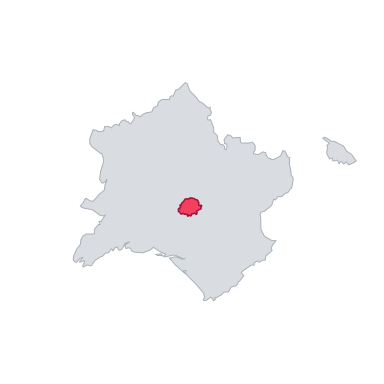 Creuse highlighted on a map of France, rotated 305°
{"feature_id": "FRA-5284", "entity_name": "Creuse", "entity_type": "Metropolitan department", "adm_level": 1, "iso_a3": "FRA", "parent_name": "France", "parent_adm1": "", "projection": "albers", "projection_center": [2.052, 46.063], "detail": "fine", "context": "in_parent", "style": "filled", "palette": "rose", "viewbox_px": 384, "rotation_deg": 305, "n_neighbors": 0, "source": "natural_earth", "source_scale": "10m", "svg_char_len": 5762}
<svg xmlns="http://www.w3.org/2000/svg" viewBox="0 0 384 384"><g transform="rotate(305 192 192)"><path d="M271.7,158.3L269.7,159.6L268.7,162.0L267.4,162.6L265.1,162.8L263.9,161.4L261.1,162.5L260.1,164.0L261.9,165.7L256.7,173.3L253.3,175.4L252.8,180.2L248.7,184.0L247.4,187.9L247.3,188.6L248.4,189.8L248.1,192.3L246.0,194.0L246.1,195.5L246.7,195.7L249.9,194.3L251.1,192.8L250.3,190.8L253.5,188.2L259.5,188.5L260.3,191.7L259.7,194.4L264.4,200.1L260.8,203.0L260.7,204.9L264.9,210.6L267.5,212.9L266.4,216.9L262.5,219.7L259.8,219.7L258.8,220.4L259.0,221.6L261.0,225.1L265.6,227.2L266.4,229.9L265.2,230.9L263.4,235.1L264.4,237.1L264.1,238.0L264.7,239.4L265.9,240.7L272.4,243.8L278.0,242.7L278.8,244.7L275.7,250.3L276.1,252.7L274.3,252.9L274.1,253.7L270.7,255.7L265.4,261.5L262.8,263.3L261.9,266.1L260.5,267.7L252.4,271.3L250.9,270.7L246.9,270.9L244.3,269.1L239.5,268.0L237.8,265.2L233.3,264.9L233.0,263.0L226.9,264.9L218.0,262.6L214.9,259.9L212.4,260.7L210.2,263.2L200.8,270.0L197.2,276.9L198.0,284.9L200.2,288.8L194.4,288.3L190.9,289.5L190.0,291.2L181.8,289.2L178.7,290.9L177.9,290.8L176.8,289.1L172.8,287.2L173.4,285.9L172.8,284.7L169.1,283.7L167.7,284.9L166.3,282.5L155.7,278.7L154.0,278.8L153.3,282.4L146.4,282.1L145.5,281.5L141.0,282.1L136.4,278.6L131.2,279.1L128.1,275.5L125.1,275.2L120.8,273.2L118.8,272.2L118.6,271.2L117.3,272.7L115.6,272.3L115.3,271.8L116.4,269.9L116.7,267.7L111.4,265.8L110.0,264.1L110.0,263.2L113.0,262.6L115.8,259.6L118.7,248.5L121.1,235.3L122.5,232.8L124.2,232.2L122.9,230.3L121.2,232.6L122.7,220.5L124.9,211.4L129.2,215.3L130.1,217.0L131.3,222.5L133.7,224.8L132.1,222.6L130.8,215.3L129.9,213.2L123.1,206.8L122.9,205.4L126.0,206.3L124.9,201.7L124.5,192.1L120.4,191.0L113.9,186.6L109.6,179.1L109.2,176.4L110.6,173.5L109.6,171.7L107.8,170.3L109.4,167.9L110.8,167.7L115.5,169.4L111.7,166.8L105.3,167.3L102.8,166.3L102.5,164.6L104.3,162.5L102.3,161.0L98.7,161.1L98.3,160.5L99.4,159.0L98.6,158.3L95.6,158.7L94.0,158.1L92.5,156.2L87.8,155.5L86.8,154.4L80.5,151.9L73.6,151.7L72.0,147.9L68.0,145.9L68.9,144.8L73.2,144.1L74.0,143.1L71.2,141.4L70.2,139.8L75.7,140.0L73.4,138.2L68.0,137.8L67.5,135.6L68.4,133.5L71.6,131.8L79.5,130.3L85.1,130.6L89.2,128.4L93.2,127.9L96.8,129.4L101.5,136.0L105.7,133.5L111.6,133.9L112.8,135.5L114.5,132.7L115.8,134.4L123.1,134.2L121.5,133.0L120.2,130.3L120.4,120.5L117.0,113.3L116.2,110.6L116.5,108.5L120.8,109.1L124.4,108.3L126.1,109.0L126.3,113.6L127.7,116.3L137.6,117.5L143.3,119.1L148.2,116.6L152.8,115.5L153.2,114.9L150.6,115.1L148.2,114.0L147.9,112.7L149.2,109.2L156.2,105.4L166.2,102.2L168.8,100.0L171.8,96.0L171.2,95.0L171.7,84.0L173.1,80.4L176.9,77.8L186.4,75.2L187.7,78.7L187.6,80.6L190.2,83.7L191.4,84.6L195.6,82.9L197.7,85.8L198.3,89.0L203.4,90.2L205.0,94.4L205.9,93.5L209.1,93.6L210.6,93.9L212.7,95.7L212.1,98.3L213.1,99.5L212.2,101.8L212.9,102.8L218.8,102.6L220.5,101.5L221.2,99.1L223.0,97.7L223.6,98.1L222.7,102.5L223.5,103.6L224.0,106.6L226.3,106.8L230.7,109.1L234.6,113.1L239.1,112.2L242.7,114.3L246.4,112.9L249.9,114.0L251.2,115.1L254.8,120.7L257.2,119.4L259.0,119.9L259.7,121.6L266.3,120.2L267.6,121.7L269.1,122.2L277.7,123.7L278.0,125.9L273.5,132.4L272.0,141.3L270.7,144.5L270.3,146.8L270.8,148.3L270.8,150.7L270.1,156.4L270.8,158.1L271.7,158.3ZM313.6,273.5L313.5,277.1L315.1,279.6L316.5,289.9L314.2,295.2L314.3,301.3L311.5,308.8L305.8,306.0L304.0,304.4L305.3,301.5L302.0,300.3L302.5,297.6L302.1,296.3L299.9,296.3L299.7,295.6L301.2,293.4L301.0,292.1L298.8,290.7L298.3,289.3L300.2,287.5L299.1,286.2L298.0,285.9L300.3,281.0L302.0,279.4L306.1,277.7L307.6,275.8L310.4,276.5L310.8,276.0L311.0,268.4L312.0,268.3L312.9,269.2L313.6,273.5ZM123.6,202.1L122.9,204.3L120.4,200.4L120.1,198.4L123.6,202.1Z" fill="#d9dde1" stroke="#a8b0b8" stroke-width="1"/><path d="M176.8,208.4L176.3,208.4L176.0,208.1L176.2,207.4L176.2,206.5L175.9,206.0L174.7,205.4L174.5,205.2L174.4,205.1L174.2,204.7L174.0,204.4L173.6,204.4L172.3,204.8L171.9,204.8L171.7,204.7L171.5,204.3L171.6,203.6L171.6,203.2L171.2,202.8L170.1,202.8L169.9,202.6L169.9,202.1L170.3,201.8L170.6,201.6L170.9,201.0L170.5,200.9L170.3,200.4L170.2,199.7L170.1,199.2L169.5,198.8L169.4,198.5L169.4,198.2L169.5,197.9L169.5,197.6L169.4,197.2L169.0,196.7L168.8,196.6L168.0,196.2L167.7,195.7L167.7,195.0L168.6,193.1L168.6,192.6L168.2,192.2L168.8,191.9L169.9,190.7L170.1,190.6L170.3,190.7L170.5,190.8L171.2,190.8L171.3,190.8L171.4,191.1L171.4,191.3L171.6,191.4L171.9,191.5L172.1,191.4L172.4,191.1L172.6,191.0L172.8,191.0L173.5,191.1L173.9,190.9L174.0,190.7L174.0,190.3L174.0,190.2L174.1,189.8L174.3,189.7L174.4,189.8L174.6,189.9L174.9,190.4L175.1,190.5L175.3,190.5L175.5,190.4L175.8,190.2L176.0,190.1L177.7,190.1L177.9,190.2L178.3,190.4L179.4,190.4L179.9,190.6L180.6,190.5L180.8,190.4L182.5,190.5L183.1,191.4L183.6,191.8L183.7,192.1L183.7,192.3L183.8,192.8L184.0,192.9L184.1,193.0L184.5,193.1L185.0,193.2L185.1,193.4L185.2,193.5L185.3,193.8L185.4,194.1L185.5,194.1L185.9,193.9L186.1,194.0L186.3,194.2L187.0,195.3L187.1,195.6L187.2,196.1L187.3,196.3L187.4,196.5L187.7,197.1L187.9,197.5L187.8,198.6L187.8,198.9L187.8,199.1L187.9,199.3L188.2,199.9L188.4,200.2L188.4,200.4L188.4,200.6L188.4,200.9L188.4,201.0L188.4,201.6L188.3,201.8L188.1,202.0L187.9,202.2L187.8,202.4L187.7,202.6L187.6,203.0L187.5,203.3L187.4,203.4L187.2,203.5L186.9,204.0L186.7,204.1L186.3,204.1L186.2,204.1L186.0,204.3L185.8,204.5L185.6,204.7L185.3,204.9L185.1,205.1L185.0,205.3L185.1,205.5L185.5,206.0L185.6,206.3L185.7,206.6L185.7,206.8L185.8,206.9L186.0,206.9L186.1,207.0L186.3,207.0L186.5,207.3L186.1,207.9L185.7,208.1L184.5,208.0L184.3,208.1L184.0,208.6L183.8,208.8L183.6,208.9L183.4,209.0L183.2,208.9L181.2,207.7L180.0,207.4L179.8,207.3L179.4,206.9L179.2,206.8L178.9,206.8L178.6,207.0L178.3,207.3L178.0,207.8L177.8,208.2L176.8,208.4Z" fill="#f43f5e" stroke="#9f1239" stroke-width="1.5"/></g></svg>